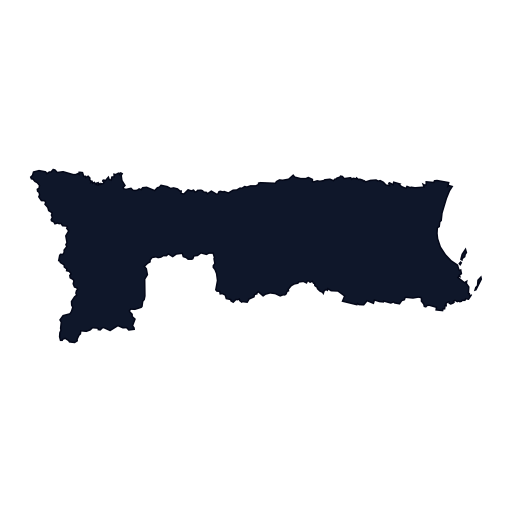 Sam Roi Yot, Prachuap Khiri Khan, Thailand (Albers equal-area conic projection)
{"feature_id": "78962969B49973516992329", "entity_name": "Sam Roi Yot", "entity_type": "district", "adm_level": 2, "iso_a3": "THA", "parent_name": "Thailand", "parent_adm1": "Prachuap Khiri Khan", "projection": "albers", "projection_center": [99.769, 12.241], "detail": "fine", "context": "isolated", "style": "filled", "palette": "ink", "viewbox_px": 512, "rotation_deg": 0, "n_neighbors": 0, "source": "geoboundaries", "source_scale": "gbopen_adm2", "svg_char_len": 6007}
<svg xmlns="http://www.w3.org/2000/svg" viewBox="0 0 512 512"><path d="M471.6,294.5L470.8,295.7L470.0,295.6L469.1,294.5L469.3,293.6L468.4,293.2L468.8,287.0L466.3,283.4L466.7,281.3L464.4,282.7L457.9,277.5L458.9,276.3L459.9,276.6L459.3,275.1L461.4,273.7L460.7,270.0L459.8,270.5L458.8,269.6L457.5,265.1L451.1,260.8L445.4,254.8L440.3,247.0L437.6,238.8L437.0,233.4L437.3,228.4L437.6,227.5L439.2,226.6L439.8,221.8L441.2,220.5L442.0,213.0L446.4,198.3L449.5,190.7L452.2,186.5L449.0,185.6L447.8,186.4L448.7,182.6L437.0,180.5L434.5,180.8L433.8,182.5L426.2,181.8L426.2,184.8L424.5,185.1L423.1,184.3L424.1,187.1L415.0,187.8L411.1,187.2L410.3,187.7L407.0,186.4L405.9,188.4L401.6,186.6L399.3,184.7L400.0,184.0L393.7,182.2L393.1,184.7L389.5,182.8L388.8,183.3L389.5,185.7L386.0,185.1L383.4,182.3L380.2,180.6L378.1,181.1L376.1,180.0L370.4,180.4L365.6,181.9L364.3,180.8L363.5,181.2L362.9,180.2L359.8,179.2L358.7,179.6L356.6,178.0L356.4,178.8L353.2,178.3L351.6,179.3L350.7,177.7L344.2,178.6L342.4,176.5L340.6,176.1L339.8,177.2L336.9,178.1L336.3,179.1L335.0,179.1L333.5,180.7L330.0,179.2L324.7,179.8L323.8,180.6L319.8,181.3L317.2,180.8L313.7,181.9L312.5,181.6L312.4,179.4L308.3,177.5L305.9,178.6L300.6,178.6L294.7,177.1L293.2,175.2L288.7,179.2L282.5,180.3L279.5,179.9L276.4,181.6L275.5,183.3L260.4,182.7L258.6,183.1L258.5,184.5L255.8,185.9L250.4,185.9L246.9,187.1L244.7,186.5L242.0,188.3L240.0,188.1L236.8,190.0L233.1,190.2L228.4,193.0L224.1,191.5L223.4,192.0L220.2,191.3L218.9,191.8L218.0,193.9L216.7,194.3L211.3,191.1L207.5,193.8L206.4,192.4L203.5,192.1L202.6,190.8L201.0,190.2L197.5,190.4L196.6,191.6L195.1,192.1L193.5,190.1L191.3,190.9L188.1,189.8L183.9,194.0L181.0,193.5L181.2,191.0L179.9,191.0L177.5,188.9L173.6,187.9L170.6,188.5L167.2,186.6L161.0,185.3L159.4,187.2L157.4,187.7L154.7,190.6L146.6,187.3L142.7,187.7L141.1,189.7L139.1,188.9L137.4,190.2L135.0,190.5L132.9,190.3L131.0,188.3L126.0,189.4L123.9,188.9L123.1,187.4L125.0,185.5L121.9,180.5L121.2,175.5L122.2,173.7L120.7,172.9L119.8,173.2L119.5,174.4L118.4,173.2L115.7,174.6L114.0,174.2L114.2,176.9L111.9,177.0L111.1,180.2L109.2,179.6L108.4,177.2L105.3,180.8L103.9,180.0L103.0,180.3L102.7,181.0L104.0,182.6L103.4,183.5L102.1,184.0L100.9,183.5L100.6,184.5L98.8,183.4L98.6,185.0L96.4,184.6L97.5,182.9L95.0,183.6L94.3,182.4L92.6,183.3L92.1,181.5L91.0,182.2L91.3,181.2L89.6,179.8L89.9,178.1L88.1,176.2L85.8,177.6L85.5,176.3L83.7,176.4L82.5,172.6L80.3,172.3L79.1,172.3L79.0,174.4L77.9,173.6L75.7,174.6L73.2,174.6L63.1,171.7L57.2,172.5L55.0,170.0L53.2,169.5L51.0,172.0L49.3,172.0L47.0,173.6L45.5,171.8L39.0,170.6L33.5,172.0L32.5,175.4L30.7,177.1L31.4,178.8L33.0,179.1L34.9,181.4L37.3,182.7L39.5,185.4L39.1,188.1L37.3,189.3L37.6,191.2L39.1,192.4L39.6,194.9L38.8,196.8L41.4,200.6L44.7,200.7L45.7,202.5L45.0,204.3L47.8,207.4L48.7,210.6L52.2,212.8L51.4,215.1L52.4,217.4L51.2,219.6L51.5,220.8L53.9,221.9L54.9,223.8L57.7,223.0L59.1,223.7L61.1,223.4L62.5,225.7L66.8,226.1L67.4,227.0L66.7,228.3L68.7,230.9L65.8,235.9L67.0,242.6L65.9,244.7L66.9,246.5L64.1,250.1L64.2,252.3L62.9,254.5L60.5,254.3L59.7,255.4L58.7,260.6L59.8,261.0L60.4,262.5L64.2,264.9L64.3,267.0L66.9,269.0L66.6,270.7L69.2,271.3L70.8,273.3L71.0,274.2L69.8,275.3L70.2,277.8L73.2,279.5L73.9,281.0L73.2,283.8L74.5,287.0L76.8,287.8L77.6,289.6L76.5,290.7L75.9,293.1L76.7,295.2L74.6,296.8L71.5,301.5L71.7,305.2L72.8,307.2L71.4,311.6L70.0,313.8L63.1,315.6L60.0,319.9L61.3,322.2L60.6,328.3L61.0,330.2L59.9,332.7L59.6,336.7L60.5,340.3L62.2,340.3L62.7,339.2L65.2,338.3L68.6,340.5L69.5,341.9L74.6,342.5L77.2,340.8L77.1,339.1L79.0,335.1L80.4,333.9L80.8,330.8L86.4,331.3L90.2,329.9L92.5,327.7L97.6,328.1L98.4,328.7L98.3,329.6L100.2,329.9L102.5,327.7L103.8,327.6L110.1,330.5L117.9,325.6L122.9,327.8L126.6,327.6L128.8,330.0L134.2,329.3L134.0,327.8L132.5,325.8L135.0,319.1L132.2,316.6L132.1,314.2L129.7,311.8L129.4,310.7L130.7,309.1L134.9,309.3L141.2,307.3L142.0,306.4L142.7,301.3L144.2,299.5L144.9,296.0L144.7,279.1L147.4,274.7L146.3,268.8L144.3,266.4L147.6,263.2L150.0,261.9L150.1,260.0L152.0,257.5L156.0,256.8L158.1,257.6L160.9,257.1L163.3,255.6L166.4,255.7L168.3,253.9L172.7,256.6L176.3,254.0L182.3,253.3L183.3,256.6L186.3,257.6L188.1,259.2L191.8,259.2L192.8,258.7L193.9,255.9L197.5,255.5L200.9,252.9L206.5,254.4L208.8,253.1L213.1,253.1L214.5,257.6L214.0,258.7L214.9,263.5L213.3,265.7L213.3,267.4L215.0,269.5L216.6,273.6L217.5,280.6L215.8,289.8L216.9,291.1L219.7,291.3L220.2,293.9L222.3,293.6L225.2,295.0L226.3,298.6L230.7,299.5L231.0,300.9L233.2,302.2L235.9,299.5L237.6,299.7L239.3,299.0L239.8,300.6L241.7,302.1L242.5,301.6L247.2,302.2L249.1,299.0L254.0,296.8L254.4,294.6L256.9,293.8L256.8,293.0L258.3,291.7L263.1,295.9L265.4,294.2L270.1,292.9L275.3,293.6L280.2,295.9L283.0,294.8L284.8,294.9L286.1,293.9L287.0,291.4L288.5,290.8L288.2,289.3L291.2,285.7L294.3,283.9L297.9,283.2L298.6,282.0L303.4,281.4L306.5,282.9L307.3,281.0L308.4,280.8L310.1,282.2L312.4,281.2L313.5,283.2L314.6,283.3L314.9,285.6L317.2,287.3L317.5,288.7L320.0,291.1L322.6,292.3L323.3,293.4L324.1,290.9L326.0,289.5L327.4,290.3L327.9,288.6L331.1,290.7L338.0,291.0L344.7,296.0L342.5,301.2L356.9,304.7L357.5,303.5L359.0,304.6L363.7,304.8L367.1,300.7L373.4,303.3L374.4,300.0L379.7,301.6L383.4,301.9L383.6,301.0L390.8,303.0L393.6,301.9L394.6,302.9L399.5,303.8L401.7,300.6L404.4,299.7L405.0,297.7L405.8,297.3L413.0,298.0L418.2,297.1L420.6,297.4L421.5,298.5L421.4,301.1L423.8,304.1L424.3,306.4L425.8,306.8L427.0,305.5L429.2,305.2L436.5,307.3L436.1,309.9L442.6,310.6L443.1,308.7L444.6,308.8L445.1,305.5L446.2,305.7L446.0,303.3L448.2,301.8L449.0,301.6L449.1,303.1L450.7,304.0L453.2,303.0L453.4,301.6L454.0,301.9L453.9,300.9L455.0,300.3L457.3,301.6L458.3,301.0L459.8,301.7L461.4,301.3L462.0,300.4L464.9,300.3L465.8,298.7L468.5,299.2L471.6,294.5ZM462.3,258.5L464.7,256.7L465.1,254.4L466.4,252.6L465.5,249.3L462.2,254.3L460.9,259.3L462.0,260.0L462.3,258.5ZM475.9,289.8L481.3,279.2L480.9,277.1L478.0,280.2L477.5,285.7L475.8,287.5L475.0,290.1L475.9,289.8ZM460.6,262.1L459.3,263.6L460.2,264.7L461.3,262.8L460.6,262.1Z" fill="#0f172a" stroke="#020617" stroke-width="1.5"/></svg>